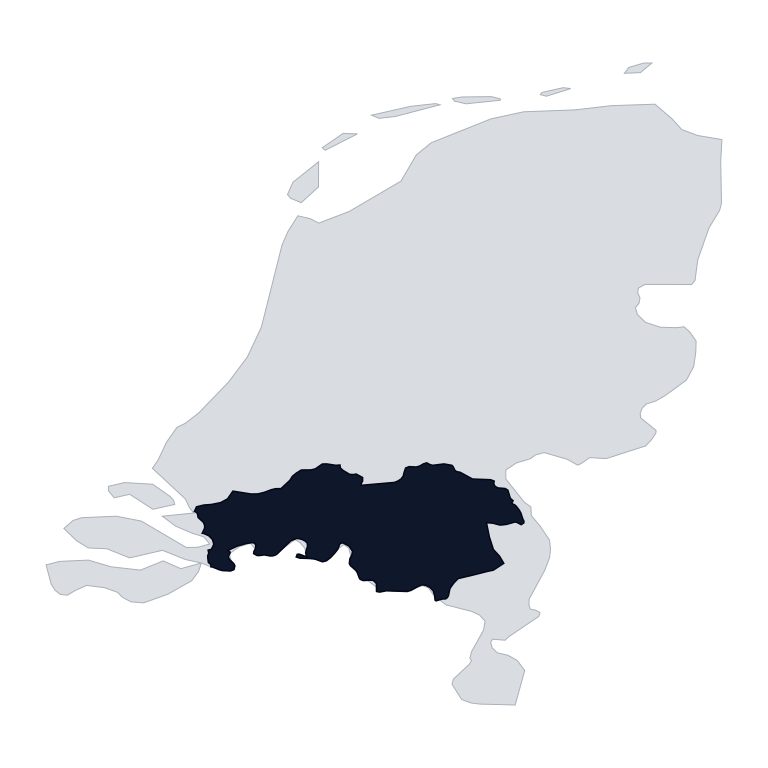 location of Noord-Brabant within Netherlands
{"feature_id": "NLD-3483", "entity_name": "Noord-Brabant", "entity_type": "Province", "adm_level": 1, "iso_a3": "NLD", "parent_name": "Netherlands", "parent_adm1": "", "projection": "robinson", "projection_center": [5.036, 51.526], "detail": "fine", "context": "in_parent", "style": "filled", "palette": "ink", "viewbox_px": 768, "rotation_deg": 0, "n_neighbors": 0, "source": "natural_earth", "source_scale": "10m", "svg_char_len": 5476}
<svg xmlns="http://www.w3.org/2000/svg" viewBox="0 0 768 768"><path d="M515.2,705.0L497.1,704.5L480.2,704.1L471.2,703.0L461.7,699.6L457.3,692.6L452.0,684.2L453.4,679.1L469.2,664.4L471.6,660.4L469.9,658.2L471.5,651.8L483.6,630.0L485.1,621.2L479.6,615.1L471.8,611.4L446.3,605.0L434.1,595.8L428.5,587.9L422.8,585.6L414.5,588.3L393.4,591.3L376.3,587.0L356.0,571.9L351.3,558.4L348.8,548.1L343.8,544.5L337.0,549.8L328.4,558.2L311.4,559.2L306.6,557.3L305.7,552.6L304.8,548.2L300.1,542.7L295.1,539.6L273.5,555.1L265.5,555.1L255.4,549.1L250.4,543.3L239.4,546.6L229.4,553.8L232.7,567.3L227.4,569.8L215.1,568.5L201.3,563.0L185.8,559.6L162.4,550.3L129.7,557.9L107.0,548.8L88.2,547.9L76.5,540.7L63.9,528.5L73.0,520.5L81.7,517.7L116.2,516.2L141.3,521.1L186.3,547.5L197.7,547.3L209.8,544.0L203.7,536.8L192.4,533.3L175.7,526.2L162.3,516.2L193.8,513.0L189.5,507.8L185.4,499.0L152.4,468.3L158.1,460.0L166.6,442.1L177.0,427.3L185.3,423.3L198.9,412.8L228.6,382.0L247.4,356.9L261.4,327.1L282.0,245.1L288.1,231.2L297.9,215.8L310.2,218.7L318.8,223.1L349.1,211.5L401.0,181.1L416.3,154.9L431.3,142.7L490.8,118.9L523.6,111.8L574.4,109.9L611.0,105.7L655.0,104.2L672.0,118.8L681.8,129.6L697.6,135.5L721.9,139.6L720.7,160.9L721.5,202.8L719.7,210.2L709.0,227.9L697.8,259.7L695.0,280.5L691.5,284.5L645.1,284.4L638.5,288.0L637.6,292.5L640.0,297.9L639.0,303.2L635.4,307.6L637.4,314.5L645.6,322.4L660.3,327.2L676.0,327.7L684.1,326.8L690.1,332.4L696.1,341.1L695.8,351.9L693.7,366.6L686.4,380.1L665.0,395.7L655.5,401.1L646.4,403.9L642.2,408.1L640.2,413.3L640.7,417.9L656.1,430.4L655.8,433.3L651.4,439.8L645.6,445.9L606.2,458.6L589.8,457.6L580.5,463.9L577.6,465.1L567.2,459.3L544.2,452.6L535.5,454.9L530.7,458.6L516.2,463.0L505.8,470.0L505.8,479.0L524.4,502.3L530.9,506.9L531.3,515.5L540.3,526.4L549.5,540.1L550.5,548.8L549.6,557.6L544.9,570.0L529.1,599.2L528.9,604.8L530.3,609.1L535.8,610.3L540.0,612.5L538.8,616.4L508.9,636.6L505.1,640.2L492.5,639.2L490.6,642.5L492.3,648.0L497.3,652.8L508.0,655.3L517.2,660.5L524.7,670.5L515.2,705.0ZM201.3,563.0L198.6,571.4L191.7,580.7L168.1,594.1L143.6,602.9L130.9,601.8L122.3,597.2L117.7,592.4L104.7,587.7L86.7,585.4L75.4,590.4L67.4,595.2L60.4,594.4L55.2,590.4L51.2,584.3L46.1,564.9L59.5,561.4L88.5,560.1L111.0,566.8L140.5,570.1L163.2,560.9L180.9,568.7L201.3,563.0ZM152.7,484.2L169.9,496.3L173.5,500.2L174.8,504.4L152.9,509.3L129.7,494.3L114.2,497.8L108.5,490.8L108.4,486.3L124.5,482.6L152.7,484.2ZM318.5,186.9L301.2,202.7L290.6,198.3L287.5,194.6L292.9,182.3L318.6,161.7L318.5,186.9ZM395.2,116.5L379.0,118.3L371.6,115.2L410.8,106.3L435.6,103.6L440.0,104.8L395.2,116.5ZM500.4,100.2L466.0,103.8L454.4,101.1L452.5,98.5L461.8,97.0L491.1,96.6L500.2,98.8L500.4,100.2ZM357.4,133.9L325.1,150.3L322.3,147.7L343.1,133.4L357.4,133.9ZM640.5,72.6L624.4,73.3L628.9,67.4L643.9,63.0L651.9,63.0L640.5,72.6ZM570.7,88.6L546.4,96.2L540.4,94.6L541.9,92.4L563.3,87.7L570.7,88.6Z" fill="#d9dde1" stroke="#a8b0b8" stroke-width="1"/><path d="M306.9,556.9L305.6,553.0L306.4,549.6L307.5,546.4L307.2,543.1L305.3,541.2L302.4,539.6L299.2,538.7L296.6,538.5L290.8,540.8L277.0,554.1L275.2,555.2L272.8,555.9L270.1,556.0L264.4,554.9L259.3,555.6L257.0,555.5L253.6,553.6L253.9,551.4L255.4,548.6L255.7,544.9L254.3,543.0L252.1,542.7L246.8,543.4L237.3,546.1L228.0,550.4L230.2,552.2L229.8,553.8L228.7,555.6L228.5,557.8L229.9,559.8L233.8,563.6L234.9,565.8L234.0,569.6L230.6,571.0L222.4,570.6L219.0,569.7L212.6,566.9L211.0,566.9L210.8,565.1L210.1,563.7L208.4,562.6L207.8,558.3L207.7,555.7L208.0,555.1L208.2,554.3L208.8,553.4L208.1,550.1L211.4,549.3L213.8,544.2L212.4,539.4L208.8,535.8L203.8,533.5L202.2,533.3L204.3,528.8L204.6,527.9L204.6,525.3L203.4,522.4L202.8,521.8L198.2,517.6L198.1,517.4L198.1,517.5L197.3,513.3L195.1,511.6L194.4,511.5L196.4,507.0L196.5,506.8L203.8,505.0L211.1,504.5L220.6,502.6L227.5,498.9L232.9,491.1L251.1,494.0L257.9,493.9L264.1,492.4L271.3,489.7L275.4,488.7L281.0,488.6L289.9,480.3L292.4,476.3L296.3,473.1L301.3,470.0L311.1,469.9L315.4,468.8L322.3,464.0L326.8,463.9L335.8,465.3L340.0,465.0L340.1,466.3L340.5,468.1L343.2,470.5L349.8,474.4L354.1,474.5L356.1,474.0L362.6,477.5L362.6,481.1L360.6,484.8L362.2,485.2L394.5,482.4L397.9,481.0L401.0,479.0L403.2,476.1L404.1,472.4L405.6,468.0L409.1,466.6L416.3,467.0L419.9,465.9L423.3,463.9L426.7,462.8L430.1,464.6L432.7,465.3L444.0,463.9L451.9,465.3L452.9,466.3L455.1,470.6L456.8,471.6L460.2,472.3L472.5,479.0L490.7,479.7L494.2,481.1L493.7,483.8L495.2,486.5L498.1,487.9L505.2,488.5L507.9,490.2L510.3,498.2L513.1,500.7L511.9,502.8L512.8,504.0L514.6,504.8L516.2,506.1L519.7,510.7L519.9,511.5L520.7,512.5L522.9,519.1L523.9,521.0L523.9,522.8L521.2,524.7L516.9,522.4L515.1,522.0L506.5,524.4L501.7,525.0L499.6,525.0L492.8,523.2L486.5,522.7L489.3,536.7L493.4,549.5L499.5,556.1L503.8,563.3L497.4,567.5L493.3,570.2L487.9,571.3L475.3,574.5L458.1,578.6L454.3,582.5L453.1,584.0L450.0,588.4L448.4,595.9L447.4,597.5L446.2,598.6L444.9,599.0L443.3,598.9L439.1,599.9L436.1,600.9L435.1,600.2L434.5,595.1L433.2,590.8L429.9,587.4L425.7,585.3L421.9,584.9L418.4,586.3L411.0,590.4L407.3,591.5L386.3,590.8L380.8,591.9L379.6,592.1L376.5,591.5L376.4,583.5L373.3,580.4L370.0,580.2L363.2,580.6L360.1,579.3L359.2,577.8L357.4,572.9L356.5,571.0L350.4,565.6L349.3,563.5L349.9,558.6L351.8,555.1L352.5,551.3L349.0,546.1L343.7,543.3L343.2,542.8L340.5,543.4L339.4,544.7L338.8,546.8L337.6,549.5L334.8,553.1L330.7,557.5L326.3,560.9L322.4,561.8L315.6,559.3L312.3,558.6L299.9,558.2L296.2,557.0L297.2,554.3L299.2,554.1L306.9,556.9Z" fill="#0f172a" stroke="#020617" stroke-width="1.5"/></svg>